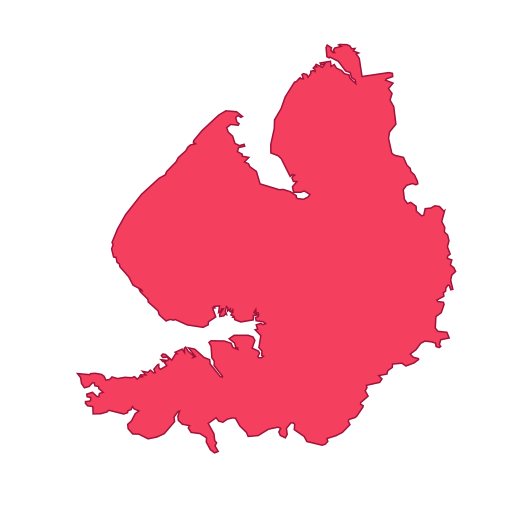 an SVG outline of Gujarat, rotated 81°
{"feature_id": "IND-3264", "entity_name": "Gujarat", "entity_type": "state/province", "adm_level": 1, "iso_a3": "IND", "parent_name": "India", "parent_adm1": "", "projection": "equal_earth", "projection_center": [71.839, 22.391], "detail": "fine", "context": "isolated", "style": "filled", "palette": "rose", "viewbox_px": 512, "rotation_deg": 81, "n_neighbors": 0, "source": "natural_earth", "source_scale": "10m", "svg_char_len": 6035}
<svg xmlns="http://www.w3.org/2000/svg" viewBox="0 0 512 512"><g transform="rotate(81 256 256)"><path d="M236.9,90.6L242.3,86.0L241.8,83.9L235.7,81.5L236.0,75.7L234.4,71.6L235.8,67.0L241.2,63.4L240.7,62.6L251.0,67.2L257.2,65.1L261.7,66.2L265.2,63.5L271.1,63.0L276.8,65.5L284.6,63.9L286.0,66.7L288.3,67.3L290.5,63.2L295.3,65.4L298.5,62.4L302.5,61.3L305.5,65.6L310.1,67.5L319.7,66.8L319.8,68.9L315.3,69.7L314.8,70.9L317.3,73.5L320.4,74.2L321.5,76.6L325.1,76.7L327.8,84.4L329.4,83.6L331.0,78.1L333.2,77.8L340.9,81.9L344.0,87.8L355.2,90.2L358.8,88.2L361.2,79.4L367.2,78.0L367.6,86.6L371.9,88.7L374.3,87.7L375.1,89.5L373.6,92.3L370.2,92.3L368.3,95.9L366.5,102.4L368.0,107.0L373.5,112.5L377.0,119.0L380.6,116.5L382.7,111.7L383.7,111.6L386.4,116.8L388.1,125.2L384.7,128.7L384.1,138.1L387.4,138.8L389.8,143.7L393.1,145.2L393.3,153.5L397.1,150.8L400.2,153.6L401.0,167.2L403.4,167.0L406.2,169.2L412.0,167.2L417.2,175.6L418.8,175.9L420.5,173.6L421.8,173.9L429.6,181.2L431.0,183.2L432.0,189.7L433.6,190.7L437.3,189.6L443.7,198.2L446.0,205.1L447.4,214.5L450.4,214.1L452.8,217.3L453.2,220.4L447.2,234.8L441.7,236.7L433.5,245.4L428.3,244.1L426.8,245.1L426.3,247.6L430.9,252.9L437.1,253.1L440.2,255.5L437.1,260.0L433.4,261.0L430.1,258.6L428.5,261.0L429.0,270.7L433.7,282.0L433.0,292.0L428.8,293.0L421.4,298.5L413.0,301.7L412.2,304.4L412.7,309.9L415.0,314.7L413.2,318.7L409.5,320.7L413.9,329.4L424.9,325.4L432.0,325.6L434.3,324.1L437.2,326.2L443.1,323.9L444.0,327.7L440.3,331.3L432.0,334.2L427.8,333.3L422.7,339.0L420.1,347.7L415.3,349.8L413.2,348.1L410.6,355.1L406.2,358.4L402.2,358.3L397.2,355.8L397.6,357.6L402.3,362.2L406.8,362.3L417.1,374.4L419.3,382.1L419.7,391.2L413.6,399.6L412.5,405.6L406.6,409.3L402.2,409.1L399.4,404.8L392.8,399.9L390.7,395.9L388.0,400.2L385.5,401.6L388.2,403.5L388.8,406.7L390.7,407.4L391.4,411.3L385.3,425.6L386.7,427.4L387.5,434.0L386.5,441.6L379.2,440.7L377.6,445.8L374.8,447.5L373.1,447.2L373.3,443.0L372.4,441.8L369.8,441.5L368.7,444.8L366.0,444.8L365.0,438.9L369.7,435.3L370.4,433.3L367.3,432.2L366.7,428.3L362.4,432.0L360.3,431.9L359.0,435.4L355.8,435.6L355.8,437.6L358.8,441.3L359.3,446.1L354.6,448.3L348.6,448.3L344.2,450.7L347.2,438.7L346.3,437.8L346.7,433.1L348.8,427.1L351.1,424.8L355.1,423.7L355.0,419.7L352.9,417.2L355.4,411.9L355.3,404.5L356.8,397.7L356.1,394.9L359.1,392.6L357.4,390.2L357.4,387.4L356.2,389.3L355.3,388.6L356.2,383.4L352.2,386.1L354.0,381.0L352.2,378.2L355.3,375.5L355.4,373.7L351.9,374.6L348.1,370.3L347.8,369.0L351.3,369.4L353.0,368.2L350.4,361.3L347.0,363.0L346.2,361.9L345.7,364.5L343.6,366.0L345.3,359.8L344.4,358.4L342.0,359.3L341.7,363.9L339.6,365.1L338.2,363.3L339.1,360.8L345.7,355.5L340.2,350.9L340.1,349.2L338.4,350.9L336.4,343.5L340.1,341.7L335.9,341.3L335.0,339.7L339.4,337.9L345.2,333.0L346.4,334.1L345.9,331.5L336.2,337.0L338.4,331.1L348.0,323.3L351.2,318.0L355.4,318.2L369.6,310.1L370.5,308.4L369.7,307.8L357.7,314.5L353.4,313.7L349.6,315.5L338.2,314.5L334.0,316.0L332.7,313.6L335.0,300.6L338.3,294.3L342.8,293.1L345.5,288.5L343.9,288.5L343.0,290.3L338.6,290.8L333.5,295.5L330.9,290.0L333.1,276.1L335.5,271.6L339.2,270.3L346.4,274.2L350.4,268.3L352.6,267.7L355.7,270.0L356.9,269.2L357.3,266.6L356.2,264.3L355.0,265.9L350.7,265.0L346.9,267.5L335.4,263.7L328.7,268.4L328.5,265.8L324.0,266.6L323.3,261.7L324.8,260.0L324.3,257.1L322.1,259.1L320.0,266.0L316.7,266.1L316.0,263.1L314.5,262.6L312.5,262.7L312.4,264.9L308.8,264.6L311.4,266.8L314.5,263.7L314.4,267.9L318.7,268.7L318.8,281.3L315.6,286.9L313.3,287.0L312.9,288.5L312.0,287.4L310.3,290.0L307.9,287.6L305.5,287.4L307.5,289.4L306.7,290.5L304.3,289.7L305.9,292.6L302.9,291.9L301.3,293.1L306.0,294.9L309.3,294.2L308.6,295.5L310.1,297.2L310.1,301.3L307.7,300.9L303.1,296.5L302.6,298.0L304.9,299.3L306.0,301.8L299.7,299.9L299.2,304.8L299.6,305.8L300.8,304.7L300.8,307.0L309.9,305.3L313.5,313.2L316.5,314.0L318.2,319.4L313.3,334.7L306.1,345.7L306.5,347.3L305.2,350.9L306.1,355.0L298.9,360.8L294.8,361.3L284.6,369.6L281.7,369.6L273.3,375.8L271.1,376.4L272.4,374.0L271.2,374.5L265.6,382.0L256.6,385.0L245.4,392.1L242.5,392.2L240.4,394.3L235.4,394.4L234.8,396.8L226.4,397.5L222.3,395.3L220.1,396.1L207.6,388.5L194.8,378.4L177.1,359.3L164.0,339.4L161.7,333.0L158.5,330.9L150.6,320.3L146.7,317.4L141.1,308.8L137.9,306.4L136.1,303.5L135.7,298.3L134.2,300.1L132.3,299.5L123.7,289.7L111.0,270.8L107.9,263.1L110.4,252.7L116.1,247.5L116.7,249.3L114.5,251.7L116.0,254.4L120.7,253.9L122.7,252.0L124.1,253.1L122.1,260.4L124.7,264.9L129.4,264.0L134.0,260.3L141.5,259.2L144.4,255.0L143.8,250.3L145.8,250.0L146.2,256.2L150.0,258.0L153.4,253.6L155.3,254.0L157.5,247.6L161.3,252.8L163.7,249.0L166.9,248.1L172.5,242.4L185.4,240.7L194.2,222.6L194.5,218.8L197.8,212.1L202.7,206.8L204.8,207.0L205.9,205.7L207.4,200.0L205.8,195.2L203.6,193.1L199.3,198.2L200.1,202.0L198.9,208.9L193.3,209.2L188.9,204.0L188.2,207.4L184.5,208.3L182.4,206.5L182.5,204.5L181.2,207.4L182.8,209.8L163.9,215.8L160.5,218.4L156.5,225.2L148.3,224.0L132.9,218.0L124.4,216.4L114.3,208.1L103.5,202.3L90.3,190.8L90.0,188.8L87.0,185.1L86.7,183.8L87.6,185.0L88.4,181.5L84.0,182.2L83.3,180.7L84.6,177.5L87.5,176.7L84.6,173.5L82.1,173.0L81.8,170.5L83.1,168.7L81.0,168.5L79.3,170.1L78.3,168.8L78.7,166.6L77.2,167.6L76.1,166.6L80.1,160.9L77.0,158.0L77.6,161.9L75.4,162.5L75.3,152.0L80.5,152.2L79.1,148.8L83.1,147.1L86.3,142.4L89.7,140.2L91.8,135.7L95.2,135.4L101.3,130.5L97.8,130.5L94.8,133.6L89.5,134.3L87.3,138.5L76.6,144.2L71.2,151.7L71.8,152.8L70.2,154.8L61.1,154.2L58.8,152.7L62.2,148.8L64.4,150.0L67.1,148.2L67.4,146.5L64.9,147.5L62.9,145.7L62.3,139.1L60.4,141.4L60.1,140.6L61.4,133.4L63.0,130.6L66.3,129.0L66.5,125.7L68.8,127.8L71.5,122.9L72.1,125.4L77.0,123.1L95.3,123.2L95.6,96.2L96.9,92.7L100.2,92.9L101.4,99.4L102.6,100.6L106.7,93.6L111.4,99.0L116.8,96.2L123.0,99.2L130.1,96.6L147.7,97.2L154.3,104.6L160.4,106.7L175.8,105.8L178.1,103.5L181.7,94.9L190.0,92.7L193.5,90.0L196.9,89.8L200.8,86.8L207.4,84.9L210.0,84.9L210.7,86.9L208.9,90.1L209.8,96.3L213.6,100.2L223.2,100.6L227.9,98.2L227.2,94.8L232.0,90.1L236.9,90.6Z" fill="#f43f5e" stroke="#9f1239" stroke-width="1.5"/></g></svg>